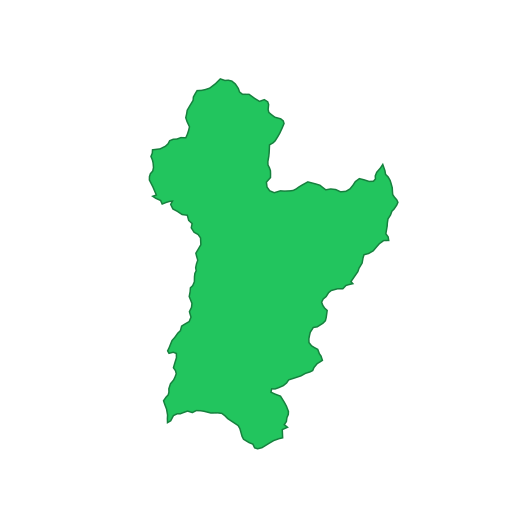 the district of Israelândia, Goiás, Brazil, rotated 63°
{"feature_id": "56859067B28131609505827", "entity_name": "Israelândia", "entity_type": "district", "adm_level": 2, "iso_a3": "BRA", "parent_name": "Brazil", "parent_adm1": "Goiás", "projection": "orthographic", "projection_center": [-50.88, -16.355], "detail": "fine", "context": "isolated", "style": "filled", "palette": "green", "viewbox_px": 512, "rotation_deg": 63, "n_neighbors": 0, "source": "geoboundaries", "source_scale": "gbopen_adm2", "svg_char_len": 3693}
<svg xmlns="http://www.w3.org/2000/svg" viewBox="0 0 512 512"><g transform="rotate(63 256 256)"><path d="M232.0,101.5L234.1,105.2L236.2,110.4L238.8,113.4L241.6,114.6L242.7,117.5L240.9,121.4L237.1,125.2L234.0,128.8L234.8,133.7L237.0,137.5L238.9,141.8L239.2,146.5L237.2,151.5L233.0,154.8L230.2,159.0L228.7,163.8L224.9,165.6L222.0,166.9L218.9,170.1L213.5,176.2L213.7,182.6L214.0,186.6L214.5,189.7L214.5,193.0L213.5,195.9L211.1,201.2L209.0,204.7L207.9,211.0L204.1,214.2L199.6,214.9L194.9,213.2L192.7,207.5L189.5,205.8L186.5,204.4L183.5,204.0L180.3,204.0L177.3,202.6L172.9,199.3L170.1,197.5L166.8,195.6L163.1,193.5L162.9,189.4L162.1,186.7L159.4,182.2L157.3,179.0L154.0,174.8L150.7,170.9L148.0,170.4L145.0,171.7L140.9,176.2L136.8,178.2L133.9,179.4L131.0,178.7L126.8,176.0L123.9,175.6L120.5,177.6L119.8,182.7L115.1,185.6L108.8,188.8L105.8,194.6L102.4,196.2L98.7,195.7L93.4,196.3L89.2,198.1L86.8,200.9L85.5,204.0L82.0,207.4L84.1,213.9L85.4,221.1L84.7,225.7L83.7,229.4L81.9,233.4L83.6,236.2L85.9,239.6L88.8,241.4L91.7,246.1L94.9,251.1L97.9,253.3L100.9,255.8L104.9,256.4L110.7,256.6L113.6,259.1L116.4,261.9L118.8,264.9L116.4,269.2L115.9,273.4L114.4,276.8L114.1,280.6L116.1,283.4L117.1,286.9L117.0,292.9L114.4,300.0L117.3,301.7L119.6,304.4L123.4,304.7L126.3,305.4L130.7,307.2L133.4,309.4L134.7,312.7L136.9,314.9L139.9,316.5L143.8,316.5L147.6,316.5L156.4,317.1L155.9,320.9L159.1,319.1L163.2,315.8L167.1,316.0L167.5,311.7L168.1,308.3L169.2,305.5L171.3,308.6L176.4,308.7L180.2,306.0L185.5,303.0L188.5,298.7L193.7,299.8L198.1,298.2L201.5,300.9L206.7,300.4L210.6,297.8L214.7,297.2L220.9,300.0L223.6,304.2L226.2,308.3L229.1,309.0L233.3,309.8L236.1,312.7L239.1,315.1L242.0,316.0L243.7,318.3L246.5,320.2L251.0,322.6L253.7,325.9L254.6,328.9L257.9,330.9L261.8,333.9L266.2,334.3L269.2,334.6L272.5,336.8L275.4,340.6L281.0,341.7L284.1,345.3L284.4,350.7L284.7,354.1L288.2,357.2L289.2,360.6L291.7,365.4L293.2,369.2L295.8,372.2L298.1,374.8L300.4,377.8L303.2,377.7L304.2,373.4L306.7,371.2L310.6,373.1L312.6,375.1L315.1,377.5L318.1,380.3L321.6,379.8L324.7,380.5L327.0,383.0L329.1,385.7L331.0,390.2L334.7,393.9L337.8,395.4L339.9,397.3L340.9,400.2L343.0,404.1L347.1,404.7L351.8,405.2L357.6,407.0L360.7,408.8L364.3,410.5L364.1,406.8L360.7,402.0L360.8,397.8L362.2,395.1L362.5,392.1L363.1,387.4L366.6,383.8L366.6,379.4L368.7,375.6L370.6,373.0L372.5,370.8L375.4,367.5L378.4,361.3L380.7,357.9L384.3,356.2L388.1,355.0L398.9,348.9L402.4,348.7L410.4,350.3L413.6,350.3L419.1,346.9L422.2,344.2L426.3,344.3L428.5,342.1L429.5,337.7L428.8,329.1L428.5,323.9L429.2,318.4L430.1,314.8L426.8,313.3L422.6,311.4L422.9,305.7L419.1,307.4L417.3,304.1L414.0,301.8L411.9,299.2L409.3,297.7L403.8,297.1L399.1,297.2L392.0,297.8L387.5,301.9L384.1,304.5L381.5,302.3L383.1,299.4L383.6,295.6L383.9,290.5L383.0,286.4L381.2,283.1L382.0,278.2L383.2,270.4L383.0,265.2L383.8,260.5L383.8,257.5L381.7,255.0L379.7,250.4L379.1,244.2L374.7,243.5L371.9,243.9L367.2,243.4L363.9,245.7L361.2,247.3L357.2,248.1L353.8,246.5L350.7,244.1L348.6,242.3L345.7,237.4L346.9,233.6L346.6,230.2L346.3,226.9L345.2,223.6L342.7,221.4L339.7,219.3L336.8,217.3L333.7,218.5L330.3,218.9L326.9,218.5L324.8,215.6L324.0,212.0L321.6,207.9L320.9,204.7L322.2,198.3L324.6,193.5L323.1,189.2L323.6,186.4L324.6,182.3L321.9,183.0L317.8,175.4L316.2,172.4L313.6,169.7L310.5,164.7L306.4,161.6L303.9,159.2L304.9,154.5L304.6,149.2L302.5,144.2L301.0,140.4L300.2,135.2L302.4,130.7L299.0,129.6L295.1,130.2L291.5,127.5L288.8,125.5L286.4,124.1L282.9,121.6L280.5,117.5L277.8,114.6L276.9,111.8L274.6,107.6L272.6,105.2L269.8,105.1L266.2,106.0L263.3,106.3L260.4,105.1L257.0,103.6L252.6,102.7L249.5,102.2L245.5,102.4L242.1,103.5L238.5,102.4L232.0,101.5Z" fill="#22c55e" stroke="#15803d" stroke-width="1.5"/></g></svg>